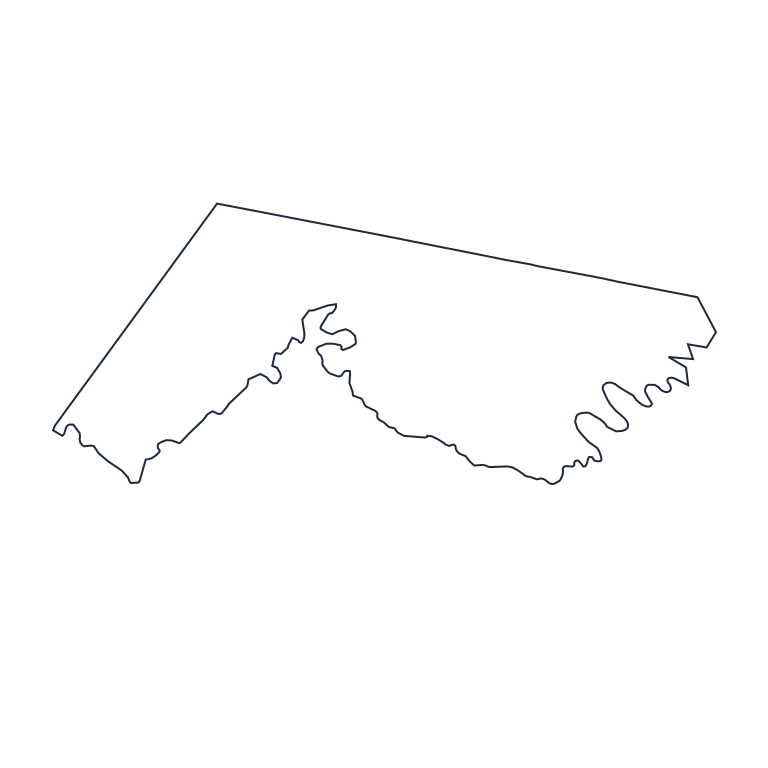 Allegany, Maryland, United States of America, rotated 11°
{"feature_id": "52423323B81858638532101", "entity_name": "Allegany", "entity_type": "district", "adm_level": 2, "iso_a3": "USA", "parent_name": "United States of America", "parent_adm1": "Maryland", "projection": "robinson", "projection_center": [-78.645, 39.581], "detail": "fine", "context": "isolated", "style": "outline", "palette": "slate", "viewbox_px": 768, "rotation_deg": 11, "n_neighbors": 0, "source": "geoboundaries", "source_scale": "gbopen_adm2", "svg_char_len": 3584}
<svg xmlns="http://www.w3.org/2000/svg" viewBox="0 0 768 768"><g transform="rotate(11 384 384)"><path d="M185.7,238.8L126.8,364.4L68.9,487.6L68.0,492.6L78.1,496.2L79.5,494.1L79.9,490.5L80.4,486.9L81.6,484.7L83.2,483.7L86.8,483.2L94.6,490.3L95.7,493.8L95.6,495.9L97.1,499.6L100.1,502.0L101.9,502.3L108.3,500.3L111.1,500.4L117.0,506.4L128.0,512.6L143.2,519.1L150.5,524.5L152.7,528.1L154.3,529.5L160.6,527.9L161.6,527.7L162.7,525.6L164.5,503.8L170.2,501.2L174.0,497.3L176.6,493.1L176.4,491.9L174.4,490.2L173.5,487.4L173.8,486.0L176.8,483.2L181.1,480.7L186.6,479.9L194.0,481.1L195.4,480.4L201.9,470.0L213.1,454.2L216.6,447.3L220.9,443.5L226.7,444.9L228.6,444.9L230.4,443.5L235.2,434.5L235.3,433.4L249.5,413.6L250.2,411.3L250.1,405.3L259.4,398.7L260.7,397.8L267.6,399.8L270.8,402.6L275.0,404.6L278.9,403.5L281.6,397.4L280.3,393.6L276.1,388.6L270.9,387.5L271.2,375.8L272.2,374.3L277.1,374.2L282.7,366.7L282.8,363.8L285.1,356.1L291.5,357.4L292.6,359.0L294.8,359.4L296.4,357.3L296.8,353.4L296.3,349.8L291.5,336.3L296.4,326.2L297.5,326.0L300.6,325.2L313.7,317.7L321.6,314.8L322.2,317.2L322.0,319.4L319.6,324.2L317.1,325.1L315.9,326.6L311.0,339.4L311.0,341.2L311.8,342.2L318.4,344.5L323.8,345.0L329.2,340.9L336.1,337.5L340.8,338.7L346.3,342.2L348.5,348.5L348.4,350.1L343.9,354.4L337.2,358.5L335.4,357.7L335.3,355.6L333.5,354.2L326.0,354.2L319.6,355.5L312.3,360.2L311.3,362.2L311.2,363.0L314.5,367.1L316.3,367.9L317.6,369.5L319.3,373.0L319.5,375.2L320.1,377.2L326.2,382.6L329.1,384.1L337.8,385.3L340.4,384.1L342.9,379.0L344.4,378.3L348.2,378.0L348.9,381.0L349.8,389.5L354.6,397.5L355.7,401.2L356.0,401.3L364.2,402.6L365.4,403.2L369.4,408.5L370.7,409.5L381.1,412.2L382.6,413.5L383.3,414.7L383.7,417.9L385.4,419.8L391.3,421.8L397.0,425.3L402.8,425.5L406.7,429.0L412.2,430.7L413.4,431.1L434.5,428.7L436.2,427.9L436.4,426.5L441.0,426.2L448.1,428.2L454.5,430.7L455.4,431.5L459.8,432.4L462.2,430.8L464.0,430.3L465.4,430.7L466.0,431.4L466.9,434.1L468.1,435.7L470.9,437.8L471.1,437.9L477.9,439.3L483.1,443.7L487.1,446.2L488.0,446.5L488.8,446.7L496.2,444.6L499.8,444.7L502.0,445.4L505.0,445.1L520.6,441.4L526.1,441.3L532.6,443.5L541.3,447.5L544.8,447.3L552.5,448.4L555.9,446.8L557.3,446.7L560.1,447.2L565.6,450.0L568.1,450.1L570.2,449.4L575.0,445.3L576.6,440.0L576.5,436.6L575.8,432.9L576.3,431.1L578.0,429.9L584.9,429.1L586.2,427.7L586.1,426.1L585.8,424.6L586.2,423.4L588.2,422.3L589.7,422.3L592.5,424.5L595.5,427.0L597.2,426.4L598.2,424.0L598.5,421.6L598.5,418.8L599.3,416.5L602.2,416.1L605.1,419.0L607.5,419.2L610.0,418.8L611.4,418.1L611.9,416.5L610.9,413.7L608.1,409.0L605.4,406.1L595.7,401.7L585.6,394.1L582.1,390.6L578.8,384.4L579.0,379.4L579.7,377.3L582.0,375.6L584.8,374.4L589.1,373.3L591.5,373.4L604.0,377.9L608.4,380.6L610.8,383.1L612.0,383.7L620.9,386.2L626.8,384.6L629.7,382.8L631.5,380.5L631.4,377.3L629.7,374.3L625.3,370.9L616.8,366.1L610.3,361.1L606.2,356.6L601.2,349.6L599.9,347.5L599.4,345.7L599.7,343.3L602.2,340.5L605.9,339.3L610.4,339.8L616.8,342.8L631.0,347.9L635.3,352.0L641.3,355.2L645.8,356.0L648.7,355.5L650.0,354.6L650.8,352.9L650.6,351.8L645.0,345.8L641.8,341.6L641.4,340.5L641.4,338.7L642.2,335.5L643.8,334.3L650.0,333.2L654.3,334.8L655.8,336.2L658.9,337.7L662.4,338.2L664.5,337.5L666.1,336.0L666.5,334.8L666.3,332.9L664.7,330.1L662.1,328.0L661.4,325.4L662.4,323.8L665.0,322.9L667.8,323.0L682.8,327.1L677.3,310.1L658.1,303.2L682.6,300.6L674.8,287.0L693.7,286.6L700.0,269.8L675.2,239.0L643.7,239.0L594.9,239.0L576.0,238.6L512.3,239.0L505.0,238.6L480.3,239.0L451.6,238.8L411.6,238.7L356.9,238.5L286.1,238.6L185.7,238.8Z" fill="none" stroke="#1e293b" stroke-width="2"/></g></svg>